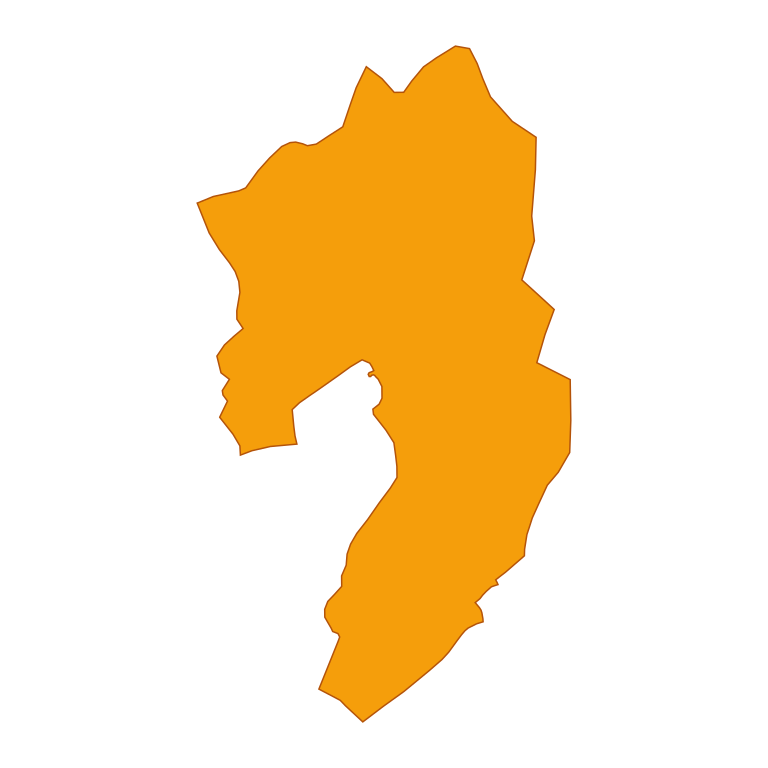 outline of Chanthabuly, Vientiane [prefecture], Laos
{"feature_id": "54806243B69886470699230", "entity_name": "Chanthabuly", "entity_type": "district", "adm_level": 2, "iso_a3": "LAO", "parent_name": "Laos", "parent_adm1": "Vientiane [prefecture]", "projection": "mercator", "projection_center": [102.605, 17.997], "detail": "fine", "context": "isolated", "style": "filled", "palette": "amber", "viewbox_px": 768, "rotation_deg": 0, "n_neighbors": 0, "source": "geoboundaries", "source_scale": "gbopen_adm2", "svg_char_len": 2051}
<svg xmlns="http://www.w3.org/2000/svg" viewBox="0 0 768 768"><path d="M539.7,296.2L521.8,279.9L534.4,240.8L531.7,216.1L535.4,169.7L536.1,137.3L512.3,121.4L490.5,96.9L482.8,78.7L477.2,63.6L469.5,48.6L455.4,46.1L436.3,57.9L423.5,66.9L411.6,81.2L403.7,92.3L394.2,92.4L382.0,78.7L366.3,66.7L356.2,87.7L350.4,104.3L342.8,126.8L329.3,135.5L316.3,144.1L307.4,145.7L302.7,143.8L295.7,142.1L290.1,142.6L281.7,146.5L269.7,157.9L258.1,170.8L245.7,187.9L238.7,190.9L213.3,196.5L197.2,203.1L209.2,233.0L219.4,249.6L229.5,262.8L235.2,271.6L238.8,281.4L239.9,292.4L236.8,310.8L236.9,319.2L243.1,328.5L233.8,336.4L224.5,344.9L216.9,356.1L221.0,372.8L229.4,379.3L222.3,390.6L223.0,395.0L227.5,401.1L219.7,417.2L219.7,417.3L220.1,417.8L233.0,434.2L239.9,445.9L240.4,455.1L252.0,450.7L270.3,446.5L296.9,444.1L295.0,435.9L293.8,426.3L292.2,409.6L299.5,402.7L309.3,395.8L318.8,389.3L338.4,375.5L350.4,366.8L362.1,359.8L364.1,360.7L369.7,363.1L371.9,366.6L373.1,369.1L373.8,370.6L372.1,371.6L369.1,372.7L368.2,374.3L369.2,376.5L370.7,376.5L371.6,375.3L373.3,374.8L374.7,375.4L375.5,376.5L378.2,379.2L381.9,386.5L382.0,398.3L379.1,404.2L372.9,409.1L373.5,414.3L385.9,430.1L393.9,442.7L395.7,455.9L396.9,466.4L397.0,477.5L390.3,488.1L379.5,502.5L367.6,519.6L356.8,533.4L350.6,544.1L347.1,554.1L346.2,565.2L341.6,575.9L341.7,586.4L334.5,594.4L327.8,601.4L324.7,609.3L324.8,617.2L331.1,628.1L332.7,631.5L338.0,633.6L339.7,637.0L338.1,641.4L334.6,650.1L318.9,689.1L340.2,700.3L344.2,704.4L345.3,705.6L362.8,721.9L383.2,706.4L403.9,691.5L429.6,670.3L442.0,659.5L448.6,652.3L455.1,643.4L457.2,640.5L461.5,634.8L465.0,630.7L468.2,628.0L476.6,623.8L483.1,621.8L482.9,618.7L481.9,612.9L481.0,610.1L479.4,607.6L475.2,602.6L480.0,598.6L482.6,595.2L486.2,591.4L491.4,586.8L494.8,585.6L498.0,584.6L497.1,582.5L495.7,579.8L499.9,576.5L505.5,572.2L524.4,555.8L524.6,549.2L526.9,534.6L529.0,528.2L532.3,517.9L538.5,504.2L547.3,485.2L558.3,472.2L569.7,452.5L570.8,420.5L570.2,379.6L536.8,362.7L545.0,334.6L554.2,309.5L539.7,296.2Z" fill="#f59e0b" stroke="#b45309" stroke-width="1.5"/></svg>